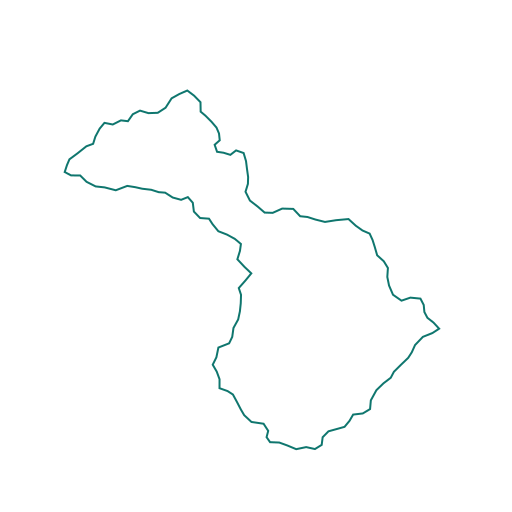 Seritinga, Minas Gerais, Brazil (orthographic projection), rotated 57°
{"feature_id": "56859067B88996032086182", "entity_name": "Seritinga", "entity_type": "district", "adm_level": 2, "iso_a3": "BRA", "parent_name": "Brazil", "parent_adm1": "Minas Gerais", "projection": "orthographic", "projection_center": [-44.473, -21.917], "detail": "fine", "context": "isolated", "style": "outline", "palette": "teal", "viewbox_px": 512, "rotation_deg": 57, "n_neighbors": 0, "source": "geoboundaries", "source_scale": "gbopen_adm2", "svg_char_len": 1928}
<svg xmlns="http://www.w3.org/2000/svg" viewBox="0 0 512 512"><g transform="rotate(57 256 256)"><path d="M81.4,370.7L87.7,367.2L92.7,359.6L101.5,357.7L110.3,352.6L116.0,345.6L124.5,337.8L127.1,325.8L132.5,319.8L137.6,314.8L143.4,307.8L149.5,302.8L153.4,297.7L161.6,294.0L168.1,288.2L169.5,281.1L176.9,280.0L184.9,283.9L193.7,282.2L199.1,275.1L205.6,275.1L214.7,274.1L222.2,268.7L230.2,264.4L237.7,262.1L243.0,266.7L248.6,273.4L258.8,271.6L268.0,269.4L270.8,278.2L273.5,287.9L280.4,289.7L287.3,294.5L293.6,299.6L299.5,305.5L304.1,314.1L310.9,320.0L314.6,326.1L312.3,337.4L319.4,344.4L323.6,351.5L331.6,351.9L339.5,353.7L347.0,358.6L353.8,353.4L359.6,350.8L368.4,351.5L376.6,352.3L383.1,352.6L392.7,350.2L400.8,341.0L409.3,341.0L413.7,345.8L419.8,345.6L425.1,338.1L432.0,332.9L439.9,327.5L443.6,318.0L450.0,311.7L450.2,303.8L444.3,298.8L442.5,290.7L445.6,280.9L447.5,274.8L445.2,267.4L441.9,260.9L446.2,252.2L446.5,243.7L439.6,238.3L434.1,228.1L432.2,218.4L431.5,209.3L428.2,203.4L426.2,193.8L424.3,183.8L421.6,177.8L417.3,171.1L414.7,160.1L416.7,149.9L416.7,142.0L408.5,143.4L401.2,145.9L394.7,145.3L388.4,142.0L381.3,141.3L375.0,149.2L372.7,158.3L363.1,162.2L353.2,160.5L345.1,157.3L337.9,151.9L330.0,151.7L321.4,154.0L313.2,151.5L306.0,149.5L299.1,148.5L292.6,152.8L285.0,155.8L275.4,158.3L269.6,169.3L265.0,179.6L257.8,186.3L251.3,191.6L246.7,197.3L236.8,199.1L230.5,208.2L228.9,218.5L224.3,225.1L215.7,227.6L206.2,230.9L196.4,229.8L191.1,223.5L185.5,219.6L178.0,216.1L171.0,212.7L162.9,210.3L156.6,215.2L157.2,222.4L151.7,227.0L147.4,231.9L140.2,230.1L139.2,223.4L133.1,220.3L126.8,219.2L119.2,220.2L110.7,222.0L104.8,223.8L96.8,218.8L87.8,220.6L79.8,223.5L78.4,232.0L77.8,240.9L82.4,251.1L82.4,260.4L77.6,268.4L70.9,274.1L70.0,282.1L73.2,290.0L68.7,295.4L67.7,304.5L61.8,310.6L64.0,317.7L68.4,325.7L73.2,331.5L71.6,338.5L72.7,349.8L73.3,359.8L76.8,365.0L81.4,370.7Z" fill="none" stroke="#0f766e" stroke-width="2"/></g></svg>